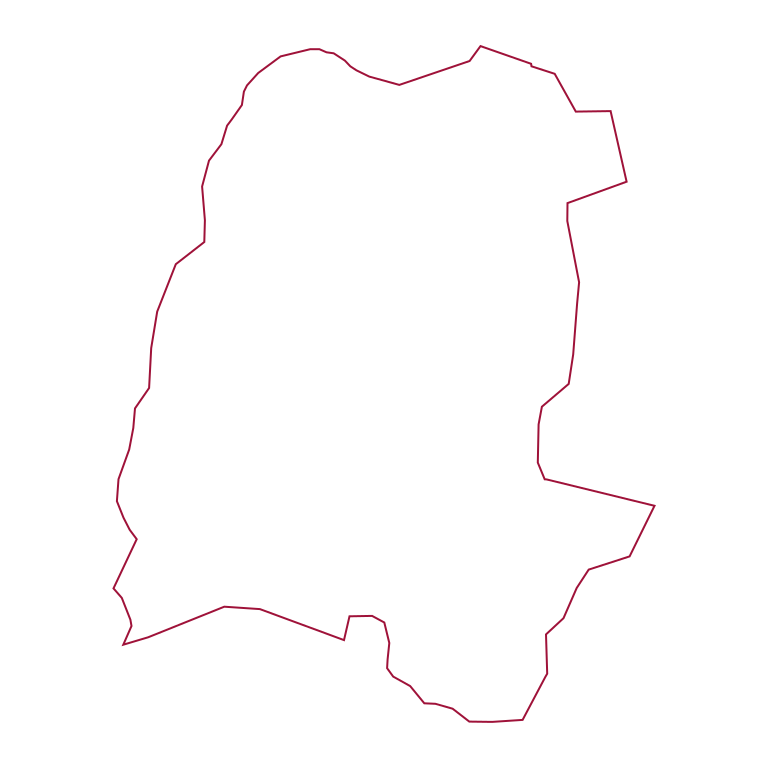 Gbako, Niger, Nigeria
{"feature_id": "59680162B42207826884677", "entity_name": "Gbako", "entity_type": "district", "adm_level": 2, "iso_a3": "NGA", "parent_name": "Nigeria", "parent_adm1": "Niger", "projection": "albers", "projection_center": [6.013, 9.318], "detail": "fine", "context": "isolated", "style": "outline", "palette": "rose", "viewbox_px": 768, "rotation_deg": 0, "n_neighbors": 0, "source": "geoboundaries", "source_scale": "gbopen_adm2", "svg_char_len": 1117}
<svg xmlns="http://www.w3.org/2000/svg" viewBox="0 0 768 768"><path d="M626.6,181.7L610.6,111.1L575.8,111.6L554.7,73.8L531.5,66.3L531.1,63.8L480.5,46.1L469.6,61.0L399.3,84.9L369.3,76.6L356.4,70.3L350.3,66.3L344.9,60.6L333.7,53.3L326.5,52.3L319.4,49.2L310.2,49.2L280.6,56.4L258.2,73.0L247.0,85.4L243.9,91.6L241.9,105.0L231.7,119.5L227.1,125.6L221.4,144.2L209.0,160.6L202.1,186.5L204.9,220.3L204.3,242.0L175.8,264.2L157.2,311.6L151.2,348.1L149.1,388.0L135.0,408.4L133.3,428.0L129.2,449.5L118.5,479.2L116.9,501.2L123.5,517.7L129.7,529.8L136.7,539.2L113.5,588.4L121.8,597.9L130.4,619.7L131.5,626.0L123.3,644.7L148.1,637.3L224.3,606.7L259.9,609.1L344.0,640.1L349.5,616.3L372.1,615.9L384.3,622.5L389.3,643.0L387.6,659.4L387.1,668.2L393.2,676.6L410.2,686.1L424.3,703.3L435.4,703.8L452.6,708.7L469.3,721.6L492.1,721.9L522.6,719.9L545.4,676.8L547.2,673.7L546.0,634.4L563.5,618.2L576.7,588.0L588.7,569.6L629.6,556.4L654.5,505.8L546.5,479.4L544.7,479.3L537.8,462.6L538.6,424.4L541.9,406.7L568.7,383.9L573.2,354.4L577.1,303.7L579.1,282.3L567.3,221.0L567.5,203.1L626.6,181.7Z" fill="none" stroke="#9f1239" stroke-width="2"/></svg>